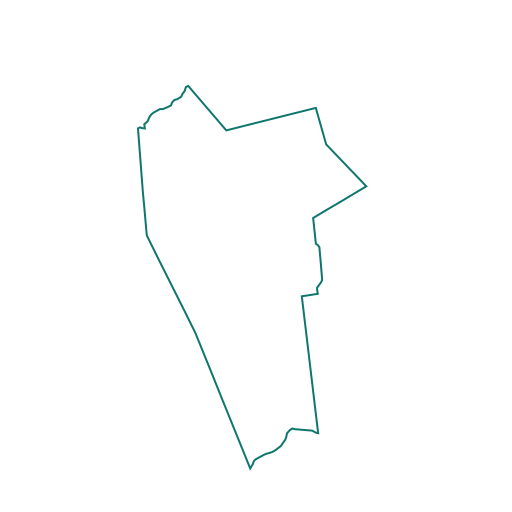 Governador Dix-Sept Rosado, Rio Grande do Norte, Brazil, rotated 230°
{"feature_id": "56859067B58375140928534", "entity_name": "Governador Dix-Sept Rosado", "entity_type": "district", "adm_level": 2, "iso_a3": "BRA", "parent_name": "Brazil", "parent_adm1": "Rio Grande do Norte", "projection": "robinson", "projection_center": [-37.543, -5.403], "detail": "fine", "context": "isolated", "style": "outline", "palette": "teal", "viewbox_px": 512, "rotation_deg": 230, "n_neighbors": 0, "source": "geoboundaries", "source_scale": "gbopen_adm2", "svg_char_len": 1026}
<svg xmlns="http://www.w3.org/2000/svg" viewBox="0 0 512 512"><g transform="rotate(230 256 256)"><path d="M98.0,174.8L86.1,186.8L82.0,188.4L80.3,189.7L195.7,265.2L187.3,279.0L189.2,280.1L192.4,282.2L193.9,288.4L195.0,291.2L210.4,302.1L222.0,310.2L224.6,310.4L226.8,309.7L248.4,324.2L246.0,339.3L243.3,355.2L238.5,385.3L296.4,381.5L331.0,397.0L340.1,378.3L359.4,338.6L371.3,314.0L429.8,313.4L430.5,310.9L428.2,307.3L427.5,304.0L426.1,301.2L426.7,296.4L428.0,293.9L427.6,290.5L426.0,287.6L426.7,284.6L428.3,279.3L430.3,276.8L431.7,269.7L431.7,266.8L431.1,264.0L428.9,259.6L428.7,255.1L425.2,252.8L427.1,251.0L429.1,249.8L429.6,247.6L381.7,213.3L379.1,211.4L365.5,202.0L348.2,189.9L343.7,186.8L342.0,185.6L316.3,179.3L259.0,165.7L235.7,160.0L196.4,147.3L168.0,138.0L108.3,118.7L97.0,115.0L97.8,117.4L98.7,120.0L100.2,122.5L100.5,124.9L99.1,131.9L98.2,135.8L95.4,142.4L94.7,146.4L94.5,153.0L95.8,157.6L96.4,160.4L97.6,162.4L100.3,165.9L100.9,170.4L100.4,173.0L98.0,174.8Z" fill="none" stroke="#0f766e" stroke-width="2"/></g></svg>